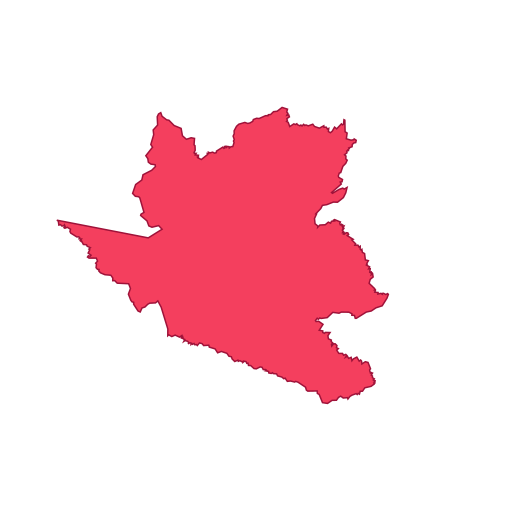 the district of Puerto Colombia, Guainía, Colombia, rotated 237°
{"feature_id": "7082276B8590395772901", "entity_name": "Puerto Colombia", "entity_type": "district", "adm_level": 2, "iso_a3": "COL", "parent_name": "Colombia", "parent_adm1": "Guainía", "projection": "natural_earth1", "projection_center": [-68.335, 2.492], "detail": "fine", "context": "isolated", "style": "filled", "palette": "rose", "viewbox_px": 512, "rotation_deg": 237, "n_neighbors": 0, "source": "geoboundaries", "source_scale": "gbopen_adm2", "svg_char_len": 6134}
<svg xmlns="http://www.w3.org/2000/svg" viewBox="0 0 512 512"><g transform="rotate(237 256 256)"><path d="M84.0,281.5L84.2,285.3L85.3,285.6L84.7,286.4L86.4,287.8L86.8,286.4L87.0,287.6L88.2,286.9L88.6,288.3L90.5,287.4L92.0,288.3L93.3,287.8L94.1,289.4L94.8,288.8L94.7,289.7L96.7,288.4L98.7,289.3L99.0,290.6L105.7,292.0L107.8,290.1L107.8,286.0L110.4,287.3L111.8,287.1L111.6,285.3L116.3,285.5L116.7,281.7L115.9,279.4L119.2,280.6L119.7,277.9L122.1,278.1L122.3,276.0L123.3,278.0L124.6,277.7L125.1,275.4L127.2,275.5L129.2,272.4L133.1,272.4L133.5,274.6L135.3,273.5L136.8,275.1L139.2,274.6L140.1,273.2L139.2,270.5L140.8,271.2L141.3,273.0L143.4,272.5L144.5,273.4L147.1,271.6L150.0,272.9L151.5,276.4L154.2,272.5L153.8,271.4L155.5,270.3L156.8,271.2L159.3,268.6L162.2,275.0L167.1,273.0L168.3,270.7L169.5,270.7L170.5,273.4L169.0,273.8L169.3,275.8L168.2,276.5L165.5,282.2L166.9,289.7L162.8,294.5L162.5,297.0L158.3,303.3L155.3,305.0L154.1,304.1L152.5,306.2L149.7,305.3L149.1,306.2L148.9,318.0L147.1,322.7L147.2,328.4L145.5,334.7L149.3,342.9L151.7,346.1L152.8,345.9L153.0,343.9L155.3,342.6L156.0,341.2L155.3,341.0L156.8,340.1L157.7,337.5L158.9,338.5L161.0,335.9L162.2,337.5L162.9,336.9L162.9,337.7L164.2,337.7L171.5,336.0L174.2,339.1L174.6,342.8L177.3,344.0L177.5,342.6L178.5,344.2L179.3,343.7L178.9,342.5L180.0,343.8L180.5,342.6L183.2,344.9L183.9,343.4L185.1,345.4L188.3,343.6L188.8,344.4L188.0,344.7L189.4,344.9L190.9,347.7L193.2,345.6L198.9,348.4L201.1,347.2L203.9,348.4L203.7,347.4L205.0,347.1L207.4,348.7L207.4,347.3L209.6,347.4L211.2,344.8L212.0,346.2L217.2,345.1L217.1,346.6L223.4,343.6L223.6,345.4L225.4,345.6L226.4,344.4L226.2,341.7L226.9,341.2L227.8,342.7L228.5,341.4L229.2,342.6L230.6,342.5L231.3,345.3L231.5,343.7L232.9,345.7L232.9,344.4L234.5,344.6L234.5,345.7L236.1,345.0L236.2,343.7L237.8,344.0L238.6,345.3L243.8,341.7L243.8,340.6L242.7,340.8L244.0,338.2L242.9,336.4L245.0,335.1L244.5,331.1L247.2,326.4L246.5,323.4L247.4,324.2L250.9,323.1L255.6,325.5L258.2,329.6L258.8,329.1L260.5,336.2L262.3,339.3L260.5,343.3L259.1,350.2L256.7,353.7L257.4,361.1L260.1,365.7L263.9,369.7L264.1,366.5L265.7,365.7L266.6,362.1L266.9,354.3L268.1,353.9L269.9,366.7L272.1,366.9L271.4,368.6L273.0,370.2L276.9,368.2L278.3,368.6L280.2,371.0L279.8,372.5L283.9,377.7L284.8,381.7L286.7,384.7L288.6,384.2L290.8,385.9L292.7,385.4L293.0,388.5L294.6,389.2L294.1,390.9L295.0,390.9L295.2,392.7L296.1,392.7L295.3,396.1L297.1,397.5L297.5,399.6L296.8,401.4L298.5,403.1L300.7,402.1L300.2,401.5L301.4,398.8L305.1,395.6L309.5,399.4L311.7,398.4L321.5,404.5L322.4,404.0L318.8,401.1L318.9,399.9L320.3,399.6L318.7,392.9L321.3,392.1L319.1,387.8L318.9,385.5L321.0,384.5L323.4,386.5L323.6,385.0L325.8,385.1L326.9,383.1L328.3,383.8L328.7,378.8L332.8,375.6L335.6,375.4L336.7,370.7L338.7,369.3L338.9,368.0L340.5,367.7L340.0,365.4L341.4,365.0L341.3,363.7L343.7,362.2L344.7,362.3L344.8,360.6L346.2,359.7L346.2,354.8L350.6,355.8L352.2,354.9L352.6,356.1L354.4,356.7L354.5,359.8L356.5,360.3L357.2,358.5L358.2,360.5L360.0,360.2L362.0,362.4L366.4,358.8L365.9,352.6L367.5,349.3L366.7,345.3L367.8,343.3L367.1,342.5L368.5,340.4L369.6,333.5L371.2,331.5L371.9,328.1L370.7,326.6L370.9,323.2L371.7,321.2L374.1,319.4L375.9,313.4L375.4,310.3L372.9,305.8L370.4,304.3L369.0,302.1L365.5,301.2L364.7,299.7L363.1,299.4L360.4,296.1L361.3,294.6L361.1,292.4L362.3,293.0L363.4,291.8L363.2,290.3L364.4,290.7L365.0,289.2L363.7,288.7L363.7,287.7L365.4,287.4L365.5,280.0L364.3,279.0L364.9,277.2L366.7,276.2L367.6,273.5L369.0,272.6L368.0,272.0L368.6,271.0L367.5,270.8L366.7,262.7L370.0,260.7L370.6,260.7L369.8,262.0L370.8,261.2L371.8,262.6L373.9,260.1L374.7,261.7L375.6,260.2L376.5,260.4L377.8,262.6L381.7,264.9L383.0,264.6L388.1,268.5L390.5,266.0L391.8,261.2L396.9,259.8L403.8,262.7L410.0,258.4L417.3,256.9L418.9,255.2L424.4,253.3L428.1,254.2L428.2,251.6L426.6,249.0L419.4,244.8L417.7,238.4L413.5,236.3L406.8,228.5L403.6,228.5L400.1,218.2L396.6,218.3L393.3,216.8L390.3,217.9L387.5,221.1L385.8,220.4L384.7,215.2L385.7,205.5L381.9,201.6L381.5,194.0L375.7,186.6L371.8,187.3L369.6,189.9L368.0,190.2L353.6,185.8L353.7,182.3L352.8,181.3L344.8,183.7L339.6,182.5L336.8,184.4L334.5,190.9L329.6,191.8L329.9,175.5L394.5,108.5L392.9,109.2L389.3,107.5L388.8,109.1L386.9,109.5L386.0,111.1L386.5,112.3L384.6,112.0L384.3,110.4L383.4,110.8L382.8,113.4L379.5,115.0L377.9,113.3L376.1,113.1L369.6,116.1L368.6,117.8L367.4,118.1L366.8,117.0L365.3,118.9L364.7,116.9L363.5,117.3L363.8,117.9L359.7,117.5L357.7,120.0L356.2,119.7L353.2,121.6L352.8,119.6L351.7,119.9L349.9,116.8L346.5,118.1L346.1,116.8L347.5,115.5L346.9,114.1L345.2,114.8L341.2,120.9L338.0,120.3L337.3,117.6L336.1,117.8L333.3,115.5L331.1,115.8L330.2,117.0L329.0,116.0L326.6,116.4L322.6,119.1L318.9,123.8L315.5,123.9L313.3,122.4L312.3,124.1L308.8,124.8L302.1,134.1L297.1,133.0L293.5,128.2L287.1,126.9L285.1,127.0L283.8,128.2L282.2,127.1L274.1,127.1L272.1,128.4L274.5,132.1L273.7,135.1L274.5,139.0L274.3,141.2L271.4,146.2L271.8,149.2L264.7,148.6L242.8,142.3L237.2,138.6L237.4,139.9L234.3,141.5L233.7,145.1L229.6,147.7L229.7,149.9L227.9,148.7L227.0,149.5L228.0,150.5L225.9,149.9L224.8,150.8L223.7,149.0L223.7,150.4L221.6,152.3L219.8,152.3L219.2,151.2L219.3,153.3L218.4,154.0L217.2,153.3L217.5,154.6L216.5,154.7L216.4,156.4L214.9,156.3L214.2,157.8L212.9,158.0L213.9,161.2L211.8,163.1L209.4,163.3L206.9,167.8L205.0,167.2L200.4,171.1L195.7,171.1L194.8,175.0L190.2,178.6L186.7,178.7L184.9,180.5L182.7,179.9L179.1,180.7L178.5,184.1L177.3,183.8L177.0,185.5L174.8,186.7L174.7,187.8L173.9,187.2L174.1,188.9L172.9,190.1L171.0,189.8L170.5,190.9L168.3,190.1L167.0,191.9L162.7,193.0L161.2,194.8L160.7,199.1L159.3,200.5L156.8,200.2L155.5,202.3L154.2,202.6L154.3,201.7L152.3,203.7L151.0,203.0L149.2,204.8L149.1,206.3L148.0,206.4L145.9,209.1L143.7,208.8L140.5,211.7L137.9,212.5L137.7,213.9L133.8,214.0L132.4,216.8L129.2,219.8L129.2,221.0L127.3,222.5L119.0,226.1L116.1,225.2L114.5,225.8L109.5,233.8L107.3,232.6L105.5,233.6L96.8,231.9L93.4,235.7L93.5,241.2L91.2,244.9L92.5,248.2L92.3,250.7L89.4,251.8L87.4,255.5L86.0,255.2L87.1,258.3L87.0,260.8L86.0,265.1L84.7,265.4L85.1,266.9L83.8,267.5L85.8,269.7L84.6,271.7L86.2,275.5L84.0,281.5Z" fill="#f43f5e" stroke="#9f1239" stroke-width="1.5"/></g></svg>